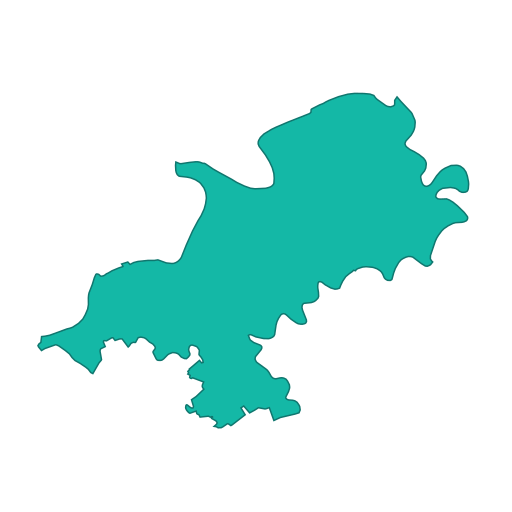 Tu Ky, Hải Dương, Vietnam (Robinson projection), rotated 277°
{"feature_id": "81297802B38910067880652", "entity_name": "Tu Ky", "entity_type": "district", "adm_level": 2, "iso_a3": "VNM", "parent_name": "Vietnam", "parent_adm1": "Hải Dương", "projection": "robinson", "projection_center": [106.393, 20.817], "detail": "fine", "context": "isolated", "style": "filled", "palette": "teal", "viewbox_px": 512, "rotation_deg": 277, "n_neighbors": 0, "source": "geoboundaries", "source_scale": "gbopen_adm2", "svg_char_len": 6094}
<svg xmlns="http://www.w3.org/2000/svg" viewBox="0 0 512 512"><g transform="rotate(277 256 256)"><path d="M94.9,293.8L98.7,299.9L103.9,314.0L105.6,317.8L108.6,318.6L112.0,317.7L113.6,316.6L115.8,314.6L117.0,312.2L117.3,310.0L117.1,305.8L117.6,304.0L118.7,302.8L119.8,302.8L125.4,304.8L128.7,305.4L129.9,305.4L132.3,304.8L135.6,302.6L137.4,300.8L138.2,298.5L138.3,296.5L137.9,294.6L136.5,290.6L136.6,288.7L137.0,287.6L138.2,285.9L142.0,283.1L144.0,281.2L145.1,279.5L150.5,269.8L151.4,268.9L153.5,267.6L156.0,267.7L163.6,272.5L165.3,273.0L166.6,272.8L167.7,271.8L168.1,270.9L169.8,264.4L171.8,260.7L172.8,259.9L176.3,258.1L177.1,259.3L177.3,260.6L175.7,265.7L175.0,273.6L175.5,278.7L176.3,280.6L177.5,282.4L178.7,283.5L180.3,284.1L189.8,284.3L193.4,284.8L197.0,286.0L200.4,287.7L201.3,288.5L202.1,290.1L202.0,291.8L201.2,293.4L197.6,298.4L194.7,303.9L193.9,306.1L193.8,308.7L194.0,310.5L194.8,312.6L195.5,313.5L197.0,314.1L198.7,313.8L207.9,308.8L210.5,307.9L212.6,307.9L213.8,308.3L214.9,309.4L216.5,316.5L217.7,319.0L219.0,320.6L221.6,322.6L223.6,323.1L227.6,322.4L231.8,321.2L234.0,320.9L236.6,320.9L237.9,321.4L238.4,322.6L238.1,324.5L235.8,328.3L233.4,334.1L232.7,338.4L233.2,340.6L234.3,342.9L237.5,343.7L241.6,345.1L246.5,347.6L249.6,350.5L252.5,353.7L253.7,354.5L253.5,356.6L254.8,357.2L255.9,358.6L258.0,363.1L258.8,366.6L259.0,372.8L258.8,374.5L258.0,377.9L256.5,380.9L255.4,382.4L253.6,383.9L250.1,385.9L248.8,387.3L247.9,389.5L248.1,392.3L248.9,393.4L249.5,393.8L256.0,394.7L260.6,395.8L266.9,398.4L269.8,400.4L271.3,402.1L273.1,404.9L274.1,407.3L274.3,409.8L274.0,411.8L268.6,421.1L266.7,425.2L266.7,427.2L267.7,429.1L268.6,430.3L271.6,432.1L272.6,430.8L274.4,429.4L277.7,429.1L292.4,432.1L295.9,433.2L299.1,434.7L303.6,437.3L306.1,439.3L309.3,442.9L312.3,447.4L313.4,450.0L314.5,456.1L315.2,458.2L316.6,460.5L317.9,461.3L319.5,461.5L320.8,461.1L324.6,457.4L330.3,449.9L333.4,445.0L335.2,441.0L335.9,438.2L334.9,431.8L334.9,429.5L335.9,427.9L336.8,427.2L338.7,427.2L341.2,428.0L343.6,429.8L345.9,432.9L347.7,440.6L347.6,444.2L347.3,446.2L346.1,448.7L345.1,450.0L344.4,452.3L344.4,453.8L344.9,456.0L345.8,457.5L346.8,458.1L348.6,458.5L353.3,458.3L355.7,457.8L360.9,456.1L365.0,454.1L368.0,451.4L370.0,447.9L370.5,445.5L370.5,444.0L369.6,438.6L366.2,432.9L364.1,430.3L362.2,428.6L357.6,425.5L350.4,421.9L348.5,420.7L347.1,419.2L346.1,417.4L345.9,416.4L346.1,414.9L346.8,413.5L348.2,412.3L350.4,411.1L354.4,409.8L356.1,409.9L361.0,412.9L364.0,413.8L367.8,413.8L369.0,413.6L371.3,412.5L373.5,410.4L376.4,405.7L378.8,400.4L380.5,395.7L382.6,392.2L383.5,391.2L385.2,390.3L386.1,390.2L388.3,390.7L394.9,395.3L398.8,397.0L401.1,397.6L403.4,397.9L408.1,397.7L410.1,397.2L416.4,393.5L417.6,392.4L427.2,380.8L431.1,376.6L427.4,374.7L423.9,375.1L422.6,375.0L421.7,374.1L420.4,371.4L420.5,368.4L421.1,366.5L426.2,357.1L427.5,355.4L429.7,353.4L430.6,349.4L430.4,343.2L429.4,334.0L427.8,327.4L424.2,318.5L419.3,309.4L417.4,306.5L415.6,304.2L413.7,300.7L408.9,293.6L408.2,292.9L405.3,293.0L403.9,291.8L392.7,271.2L386.3,260.2L383.6,256.0L378.2,249.1L374.2,245.9L371.1,244.6L369.5,244.3L367.5,244.5L365.1,245.8L357.4,253.1L351.1,258.0L345.6,261.4L340.0,263.7L335.4,264.6L330.3,264.9L329.1,264.5L327.3,263.1L326.3,261.8L325.4,259.9L324.4,257.4L322.6,246.9L322.6,242.3L324.0,236.0L326.7,227.9L329.2,222.4L334.7,208.5L337.1,202.8L341.3,194.7L341.7,193.3L341.5,192.0L342.3,188.7L342.4,186.8L342.1,184.4L340.7,178.3L338.5,170.4L338.4,169.1L339.5,165.0L336.1,165.1L331.0,166.0L329.1,166.7L327.2,167.9L326.0,169.6L325.8,170.4L325.9,177.7L325.6,181.6L324.3,186.6L322.4,190.6L321.4,192.1L317.3,196.0L313.3,198.2L310.3,199.1L307.4,199.7L301.6,199.6L296.2,198.8L289.3,196.6L284.1,194.2L273.1,190.0L258.5,185.5L245.6,182.1L243.8,181.2L241.6,179.6L239.9,177.6L238.7,175.4L238.3,173.4L238.2,167.8L240.2,159.1L239.2,155.6L238.4,149.1L236.2,139.5L234.6,135.4L232.3,132.0L234.4,129.5L231.7,123.6L229.7,125.2L229.3,125.2L227.4,121.2L223.8,114.9L221.1,111.4L220.1,109.7L218.4,108.0L217.7,106.8L217.2,105.5L217.1,104.2L218.5,102.3L218.8,101.2L218.7,99.8L218.2,99.3L214.7,98.2L207.8,97.0L199.1,94.8L197.0,94.6L194.0,94.7L187.3,95.6L182.8,95.4L176.9,93.7L172.3,91.8L167.5,88.1L162.9,82.6L161.7,80.2L160.6,77.3L152.2,60.9L150.7,56.4L149.9,53.0L144.0,53.0L142.3,51.3L140.5,50.5L139.3,51.2L136.0,54.6L138.4,57.7L143.4,67.7L143.5,68.6L142.7,71.3L139.0,78.2L136.1,82.8L132.8,85.8L130.2,89.1L128.1,94.3L124.9,100.6L123.1,103.4L120.2,106.2L119.4,108.4L130.8,113.2L133.5,115.0L134.3,115.3L142.5,112.8L143.8,112.8L145.0,113.2L147.7,117.4L152.0,115.0L153.2,115.1L153.5,115.5L153.6,118.0L157.3,122.9L157.4,124.0L155.0,126.4L157.1,130.9L157.4,133.0L157.1,133.5L150.1,140.2L151.3,141.2L153.9,142.5L154.5,143.2L155.4,144.8L155.4,146.6L155.6,147.0L160.6,149.0L161.5,151.6L161.2,155.1L160.2,157.2L157.6,160.8L156.1,164.3L154.1,166.5L153.1,167.1L151.8,167.2L148.7,165.5L147.6,165.6L141.8,169.4L140.9,170.3L140.5,171.5L140.8,174.2L141.2,175.3L142.6,176.9L147.2,180.4L148.2,181.6L150.0,184.9L150.1,187.7L149.7,189.8L149.0,191.3L146.6,194.1L145.5,197.4L145.6,199.5L147.7,201.3L149.7,202.4L151.0,202.3L153.4,201.0L155.2,200.5L157.6,200.8L158.5,201.2L159.6,202.4L159.8,203.8L159.6,204.9L158.9,208.0L158.2,209.0L156.1,210.9L155.3,211.3L151.4,211.4L150.8,211.7L148.8,213.9L146.4,215.8L143.9,216.5L143.3,215.0L145.5,212.6L135.6,203.5L134.9,203.8L133.2,202.4L131.8,203.4L130.5,202.7L129.5,205.2L127.5,204.9L126.7,205.7L126.6,207.0L127.4,207.9L124.6,219.4L121.5,218.5L120.1,218.5L118.8,219.1L117.5,220.5L109.2,213.7L105.5,209.5L99.1,212.3L97.7,212.1L97.4,211.8L97.3,210.5L97.7,209.3L99.7,206.1L99.9,205.4L99.3,204.7L97.1,204.6L96.1,204.9L94.8,205.7L93.3,207.1L92.1,208.8L91.9,209.6L94.8,215.5L92.4,216.4L92.0,216.9L91.4,218.8L89.3,220.1L91.2,228.3L90.5,230.3L91.2,231.6L91.2,232.3L90.9,232.5L89.8,231.5L89.4,231.7L87.5,236.3L86.1,237.6L85.3,237.7L84.2,237.3L81.8,235.2L81.7,237.4L80.9,239.3L81.3,242.3L82.3,243.8L85.9,247.9L86.1,248.5L85.9,249.3L84.6,251.7L85.4,252.8L97.1,264.6L103.4,259.6L105.6,262.1L99.5,268.8L102.8,273.4L105.7,276.9L105.3,283.6L105.7,284.8L107.1,287.7L94.9,293.8Z" fill="#14b8a6" stroke="#0f766e" stroke-width="1.5"/></g></svg>